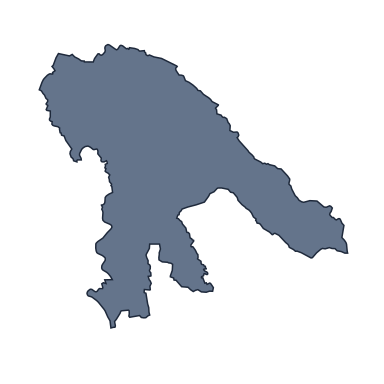 outline of Nho Quan, Ninh Bình, Vietnam, rotated 184°
{"feature_id": "81297802B37600217906847", "entity_name": "Nho Quan", "entity_type": "district", "adm_level": 2, "iso_a3": "VNM", "parent_name": "Vietnam", "parent_adm1": "Ninh Bình", "projection": "orthographic", "projection_center": [105.744, 20.312], "detail": "fine", "context": "isolated", "style": "filled", "palette": "slate", "viewbox_px": 384, "rotation_deg": 184, "n_neighbors": 0, "source": "geoboundaries", "source_scale": "gbopen_adm2", "svg_char_len": 6041}
<svg xmlns="http://www.w3.org/2000/svg" viewBox="0 0 384 384"><g transform="rotate(184 192 192)"><path d="M289.7,83.7L289.2,82.2L288.2,81.1L284.8,80.4L279.6,77.1L277.7,75.5L271.5,68.8L270.3,67.2L267.3,61.5L264.8,57.8L263.4,50.7L261.1,51.5L259.5,51.7L259.3,52.1L259.1,53.1L260.2,57.4L258.6,59.7L255.3,66.0L254.7,68.1L253.9,68.6L247.2,69.7L246.7,69.4L246.4,69.0L246.1,66.1L246.3,63.8L245.4,62.7L235.7,65.1L233.8,63.3L231.2,63.1L229.3,63.4L227.2,65.5L225.6,66.3L226.5,69.0L227.1,73.7L228.4,77.1L230.9,87.8L232.6,88.3L232.8,88.8L232.7,91.4L227.3,91.3L226.8,91.6L227.4,95.1L226.3,98.0L227.4,100.2L228.6,101.5L229.8,104.8L227.2,105.3L227.1,105.7L227.5,108.6L228.6,109.7L229.0,111.0L228.3,112.5L228.4,115.0L229.1,116.3L230.9,117.4L231.0,120.5L232.6,123.4L233.4,125.7L233.3,126.6L230.6,132.7L230.6,137.1L220.8,137.8L219.5,132.9L220.5,129.0L220.3,127.7L220.5,124.4L220.2,122.0L216.8,120.2L211.4,120.2L210.6,119.7L208.1,119.5L206.3,118.5L206.2,112.4L207.7,106.9L207.7,105.9L204.3,104.9L203.8,102.9L201.7,102.8L195.7,96.8L189.3,96.7L186.6,94.4L183.8,92.8L181.6,94.2L179.3,95.0L175.7,93.0L170.8,93.0L167.6,94.3L164.5,94.4L164.0,98.1L166.6,101.5L167.3,102.2L168.1,102.4L170.5,100.9L171.4,102.4L172.8,101.9L175.2,107.1L176.1,106.9L176.6,107.2L176.5,108.2L174.7,109.2L174.2,111.4L173.5,111.5L172.1,110.8L171.2,110.7L170.6,111.3L170.7,112.2L171.4,113.1L173.6,114.0L175.0,115.3L174.8,115.9L172.5,116.3L172.5,116.7L173.2,117.2L173.5,118.8L174.6,119.0L175.4,120.2L177.3,120.5L177.9,121.4L178.2,123.5L181.8,125.7L181.4,127.3L181.8,130.1L182.7,130.8L184.6,134.2L186.9,137.0L187.5,137.5L188.9,137.3L189.3,137.9L189.3,139.3L186.9,143.1L187.0,143.9L188.4,144.3L189.1,145.4L190.5,145.9L190.9,146.9L191.6,150.1L192.8,151.3L194.2,151.4L194.5,151.7L195.6,155.6L199.3,159.4L200.3,161.8L202.1,162.8L203.7,164.4L205.4,164.8L204.6,167.9L203.3,168.5L203.2,170.7L201.6,172.4L200.7,174.3L195.2,176.7L186.9,179.5L178.9,182.8L175.2,188.8L174.0,191.6L170.0,193.8L167.2,197.3L166.3,197.8L163.0,198.1L156.1,197.2L153.5,194.5L150.7,194.1L146.5,189.7L145.5,186.9L141.3,182.9L137.9,180.6L136.9,179.5L134.1,178.1L132.6,176.8L131.1,175.1L129.0,171.4L126.2,169.5L126.5,168.1L125.7,167.3L124.9,165.5L122.8,165.3L121.6,164.6L118.3,160.6L111.8,157.4L109.1,155.1L108.5,155.1L107.3,156.3L106.4,156.6L102.3,154.9L95.0,148.1L92.7,146.5L91.8,145.3L91.1,143.6L86.8,141.7L84.7,140.1L83.0,140.3L78.8,139.1L68.6,134.5L67.3,134.9L63.5,140.0L59.6,143.8L58.0,144.8L55.2,144.6L51.1,146.1L48.3,145.4L45.4,145.5L43.1,143.5L38.9,143.0L35.3,141.7L32.5,141.9L33.1,144.0L34.2,150.7L34.9,152.3L36.6,154.5L39.3,157.0L38.1,169.3L40.2,171.3L42.2,175.1L42.9,175.7L44.1,175.6L45.9,174.3L46.3,174.3L47.1,174.6L49.1,176.4L50.5,176.4L52.5,178.3L53.1,179.2L52.9,180.4L51.8,182.3L50.9,185.8L52.5,187.4L53.8,187.8L57.1,186.1L59.4,186.3L66.7,191.7L73.8,191.6L79.9,189.5L82.0,189.9L84.7,191.3L86.5,193.6L88.8,195.5L92.7,201.9L93.8,204.9L95.7,206.4L95.9,207.8L95.4,210.2L95.4,211.7L97.8,214.7L104.7,221.2L108.2,221.3L111.3,223.8L116.8,224.7L118.2,225.6L119.6,224.9L121.4,225.8L123.5,225.2L125.5,226.7L131.7,229.3L132.4,230.0L132.8,231.3L134.7,233.2L137.9,235.6L139.1,237.2L148.5,246.3L150.8,249.4L149.9,250.3L149.3,252.0L150.2,254.2L151.2,255.0L154.8,254.5L158.5,256.0L158.5,260.8L159.6,262.7L160.8,263.8L162.5,267.6L164.8,268.8L166.2,268.6L167.2,269.2L168.3,270.7L172.6,271.7L173.2,275.7L174.4,277.3L171.8,280.3L171.8,280.8L178.3,283.6L179.9,285.6L181.7,287.0L187.4,290.2L190.7,293.5L193.2,293.8L194.5,295.6L198.3,298.6L202.6,301.2L206.3,302.6L208.3,306.8L208.9,307.4L210.6,307.8L213.1,307.8L216.3,312.0L216.9,313.5L216.7,314.7L215.5,316.1L215.9,316.6L231.7,323.1L239.4,324.1L244.0,325.7L245.3,325.0L246.1,325.0L247.6,325.9L247.9,327.5L249.0,328.3L249.4,329.7L254.0,328.9L254.8,329.3L255.8,330.3L259.2,331.2L264.5,331.6L264.6,330.5L265.1,330.0L266.3,330.7L267.5,330.3L271.3,332.9L272.6,333.3L273.4,333.3L274.2,332.7L275.9,329.5L277.0,328.6L278.0,328.9L284.5,332.8L285.8,333.2L286.5,333.1L288.2,331.9L288.7,331.1L289.0,329.6L288.4,327.0L288.7,325.5L290.7,322.9L292.0,322.1L293.1,322.3L294.4,323.4L295.5,323.2L298.5,318.4L299.6,314.8L307.8,314.3L308.5,314.3L308.6,315.1L311.6,315.1L314.3,316.8L318.5,318.6L321.1,320.9L323.7,319.2L334.9,320.8L337.0,316.4L339.3,308.6L340.4,307.5L338.3,305.2L337.1,303.4L339.4,301.5L339.1,300.2L339.6,299.9L341.9,300.0L342.8,299.6L344.4,298.4L347.2,295.1L348.1,293.8L349.3,290.9L351.5,283.3L349.3,282.4L347.5,279.9L345.9,278.4L344.2,275.2L342.4,273.9L342.3,272.2L343.7,269.7L343.4,269.1L342.0,268.4L341.9,267.9L343.2,264.0L342.5,263.3L339.0,262.9L338.6,256.9L339.3,254.8L339.1,253.8L338.1,252.9L336.4,252.4L336.5,249.9L335.5,248.8L334.0,248.3L330.4,247.8L328.5,246.6L328.6,245.5L327.7,241.9L326.7,241.7L326.1,239.6L323.5,239.0L321.4,234.5L314.9,226.5L316.2,223.9L316.4,221.6L314.9,218.2L313.7,217.5L312.7,216.4L312.3,214.9L308.9,214.0L309.0,215.4L308.6,216.0L304.7,216.3L305.0,217.9L306.8,220.9L306.8,222.5L305.0,226.9L303.5,228.6L301.7,229.9L299.3,230.5L298.4,230.4L296.4,229.5L293.7,227.6L292.8,227.4L290.2,228.2L289.5,228.0L288.7,226.4L288.6,223.5L284.9,219.5L285.0,217.0L284.6,216.3L283.8,215.8L281.8,215.9L279.5,217.2L278.8,216.0L278.5,214.6L280.5,213.5L280.1,212.0L280.6,210.0L279.5,209.4L280.1,206.7L279.3,206.0L277.0,204.9L275.2,203.3L276.2,200.9L275.4,198.8L275.0,196.5L272.8,194.3L272.8,193.8L273.3,192.7L272.4,192.0L271.2,186.0L274.7,184.1L277.1,182.2L278.2,180.5L278.2,176.1L278.4,174.8L279.1,173.7L280.6,172.7L281.4,172.7L281.4,172.4L280.2,170.7L280.8,168.5L279.9,167.0L279.4,165.3L279.4,159.6L278.9,157.6L277.1,156.0L271.7,154.1L270.3,153.3L269.6,152.3L269.5,151.0L270.3,149.5L273.7,145.5L277.7,139.8L282.5,136.0L283.9,134.4L284.3,133.5L284.1,129.4L283.5,126.6L282.7,124.9L281.5,124.1L277.0,122.4L274.4,120.6L273.9,119.8L273.8,117.8L276.3,113.4L276.8,112.0L276.8,109.9L276.2,108.6L275.4,107.9L271.4,105.9L269.6,104.5L267.2,101.8L265.4,99.0L272.9,98.3L271.4,94.7L274.1,95.3L275.6,94.1L274.3,90.5L274.5,89.4L277.6,89.2L278.4,88.5L279.6,86.4L280.8,85.7L281.9,85.9L285.2,87.9L286.7,87.9L288.6,86.3L289.3,85.2L289.7,83.7Z" fill="#64748b" stroke="#1e293b" stroke-width="1.5"/></g></svg>